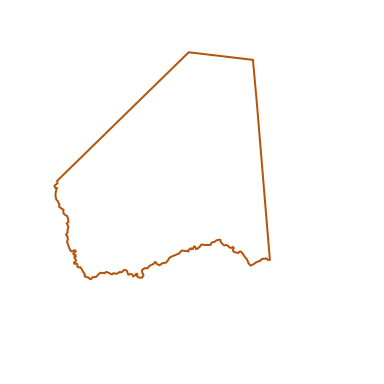 Brewster, Texas, United States of America, rotated 46°
{"feature_id": "52423323B18775242771825", "entity_name": "Brewster", "entity_type": "district", "adm_level": 2, "iso_a3": "USA", "parent_name": "United States of America", "parent_adm1": "Texas", "projection": "mercator", "projection_center": [-103.031, 29.819], "detail": "fine", "context": "isolated", "style": "outline", "palette": "amber", "viewbox_px": 384, "rotation_deg": 46, "n_neighbors": 0, "source": "geoboundaries", "source_scale": "gbopen_adm2", "svg_char_len": 2514}
<svg xmlns="http://www.w3.org/2000/svg" viewBox="0 0 384 384"><g transform="rotate(46 192 192)"><path d="M89.2,97.3L89.7,185.3L90.3,281.2L90.5,281.3L92.3,282.8L91.9,286.5L93.8,287.5L95.3,286.5L97.3,290.0L99.8,292.7L101.3,293.8L103.6,295.0L104.8,294.8L108.7,296.0L109.2,296.3L109.7,297.3L110.7,297.9L115.6,296.8L116.2,297.7L118.1,299.3L119.9,299.3L122.9,298.5L127.5,301.4L127.7,302.0L127.6,304.0L131.0,304.9L133.1,308.2L134.5,309.4L134.9,310.3L135.0,311.6L135.3,312.2L136.1,312.6L136.9,312.3L137.5,312.5L140.0,314.4L141.0,316.5L147.3,319.3L150.1,320.2L151.1,319.8L151.7,318.6L152.1,317.2L153.0,316.6L153.9,316.9L154.2,317.9L153.8,318.8L153.8,320.1L154.8,320.6L156.5,319.6L157.5,320.3L157.1,321.8L158.0,322.3L159.5,322.4L160.7,323.1L161.1,324.3L160.8,326.0L161.8,326.5L162.5,325.9L162.9,325.1L163.5,324.7L164.3,324.8L165.2,325.3L165.8,326.2L166.4,326.3L167.2,326.1L168.8,324.5L177.3,326.5L177.4,327.3L177.7,327.6L178.7,327.5L180.5,326.7L181.7,325.8L182.8,326.0L184.4,325.5L184.6,325.0L184.1,323.1L185.5,321.0L186.3,320.3L186.5,318.9L186.2,316.7L186.5,314.0L189.8,311.1L189.8,309.6L190.1,309.1L192.7,307.8L194.8,307.4L195.5,306.8L195.8,306.1L195.8,305.0L198.3,303.2L199.0,301.3L199.3,299.6L200.1,299.3L201.0,297.6L200.7,295.7L201.2,294.6L201.9,294.1L203.6,293.6L206.9,295.2L207.3,295.1L207.8,294.4L208.1,293.2L209.8,292.3L210.8,292.4L211.8,292.9L212.6,290.4L212.2,289.6L212.1,288.9L212.6,288.4L213.1,288.3L214.4,290.0L215.7,290.0L217.4,289.0L218.9,287.4L218.3,284.8L216.9,284.1L216.0,284.1L213.9,282.8L213.4,281.8L214.0,278.7L215.6,277.5L215.9,276.7L215.6,273.9L217.1,269.3L216.6,267.8L217.2,267.0L217.5,266.8L218.2,267.2L219.7,267.2L222.2,266.2L222.5,263.2L224.8,259.6L224.4,256.6L223.7,254.2L223.9,252.5L226.3,246.3L227.2,244.5L227.0,240.0L232.2,235.8L231.6,235.2L231.3,234.6L231.8,231.9L232.9,232.0L233.5,230.9L232.6,228.4L233.5,227.9L234.2,228.0L235.7,228.7L236.5,227.8L236.8,224.1L236.3,222.5L237.0,221.0L238.7,219.9L243.0,215.4L242.2,214.0L242.3,212.3L243.5,210.4L243.7,208.0L245.3,205.5L246.1,204.9L247.5,205.8L249.7,206.2L251.8,206.1L252.9,205.8L254.2,203.9L256.4,203.4L257.7,203.6L259.3,202.9L259.6,201.7L260.2,200.7L261.3,201.0L261.6,202.0L262.8,203.2L263.6,203.5L264.4,203.4L268.0,201.1L268.1,198.8L268.7,198.3L271.2,198.2L274.2,198.9L279.2,199.4L282.1,200.7L284.8,201.1L285.6,200.9L286.9,197.2L286.9,195.6L288.0,192.4L289.0,190.3L288.7,188.4L290.7,185.6L292.0,184.5L293.0,184.7L294.2,184.0L294.8,183.0L260.6,155.1L172.5,83.1L139.3,56.4L89.2,97.3Z" fill="none" stroke="#b45309" stroke-width="2"/></g></svg>